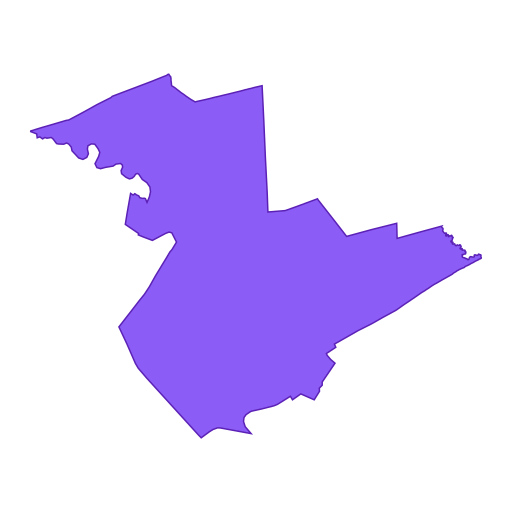 Scrioastea, Teleorman, Romania (Mercator projection)
{"feature_id": "2599482B90968840278359", "entity_name": "Scrioastea", "entity_type": "district", "adm_level": 2, "iso_a3": "ROU", "parent_name": "Romania", "parent_adm1": "Teleorman", "projection": "mercator", "projection_center": [25.003, 44.171], "detail": "fine", "context": "isolated", "style": "filled", "palette": "violet", "viewbox_px": 512, "rotation_deg": 0, "n_neighbors": 0, "source": "geoboundaries", "source_scale": "gbopen_adm2", "svg_char_len": 5749}
<svg xmlns="http://www.w3.org/2000/svg" viewBox="0 0 512 512"><path d="M139.6,300.2L132.2,309.8L118.9,326.9L126.9,343.9L135.5,363.6L138.3,368.3L146.8,378.2L198.2,434.7L201.2,437.8L209.6,431.6L213.2,429.4L217.7,427.8L220.6,428.0L251.1,433.6L245.2,426.7L243.5,421.5L244.0,417.5L246.1,414.6L250.2,411.8L251.5,411.2L261.4,409.0L274.0,405.8L277.4,404.4L290.4,396.3L292.5,399.8L300.8,393.9L314.2,399.8L319.5,391.3L319.3,388.2L322.2,385.2L322.2,382.0L335.0,363.2L330.7,359.5L327.2,355.4L326.4,353.5L335.8,347.3L334.4,344.1L358.1,330.6L371.6,323.8L382.5,317.6L396.4,310.0L403.7,304.8L410.3,300.4L421.9,292.4L424.8,290.7L426.3,289.6L427.6,288.8L428.7,288.1L431.8,285.9L434.7,284.1L436.3,283.3L442.8,279.5L445.2,278.2L452.1,274.3L452.7,273.8L453.0,273.6L453.3,273.2L454.1,272.7L455.2,272.1L456.3,271.4L457.5,270.5L457.9,270.4L458.3,270.2L459.4,269.5L459.9,269.3L461.6,268.5L462.3,268.2L463.4,267.8L464.0,267.6L464.6,267.1L465.1,266.6L465.6,266.4L466.2,266.0L467.3,265.6L468.7,264.9L469.7,264.4L471.6,263.2L472.5,262.9L473.4,262.4L475.2,261.3L475.9,260.9L477.2,260.4L477.8,260.0L478.7,259.7L479.0,259.3L479.2,259.1L479.4,259.0L480.1,258.9L481.1,258.4L481.2,258.2L481.3,258.0L481.3,257.8L480.9,256.8L480.9,256.3L480.9,256.2L481.0,255.7L481.0,255.4L480.9,255.0L480.7,254.8L480.4,254.7L479.8,254.7L479.6,254.6L479.4,254.4L479.0,254.2L478.7,254.1L478.3,254.4L478.1,254.8L477.9,255.0L477.7,255.2L477.2,255.3L476.5,255.2L475.5,254.9L475.0,254.8L474.6,254.9L474.3,255.1L474.2,255.4L474.2,255.6L474.3,255.9L474.3,256.2L474.3,256.5L474.1,256.8L474.0,257.0L473.7,257.1L472.3,257.0L471.3,256.7L470.9,256.6L470.5,256.7L470.2,256.8L469.9,257.0L469.3,257.9L469.0,259.0L468.8,259.3L468.7,259.5L468.4,259.6L468.0,259.7L467.7,259.6L467.3,259.3L467.2,259.0L466.8,258.7L466.5,258.6L465.7,258.6L465.3,258.3L465.1,258.0L464.8,257.9L463.8,257.7L462.8,257.3L462.5,257.1L462.4,256.9L462.3,256.6L462.2,256.3L462.3,255.8L462.3,255.4L462.2,255.2L462.2,254.9L462.2,254.7L462.4,254.6L462.6,254.5L462.8,254.5L463.2,254.6L463.5,254.5L463.8,254.4L464.2,254.0L464.4,254.0L464.9,254.0L465.3,254.0L465.5,253.9L465.6,253.7L465.7,253.4L465.7,253.0L465.8,252.7L465.9,252.0L465.8,251.9L465.3,251.8L465.2,251.8L465.1,251.6L465.0,251.3L465.1,250.5L465.1,250.4L464.9,250.3L463.6,250.0L462.8,250.1L462.4,250.2L462.2,250.1L462.0,249.9L461.9,249.7L462.2,249.0L462.2,248.7L461.8,248.5L461.6,248.5L461.4,248.6L460.9,248.9L460.7,249.0L460.4,248.9L460.2,248.8L460.1,248.5L460.2,248.3L460.4,247.6L460.5,247.4L461.0,246.9L461.1,246.6L461.1,246.4L460.8,245.8L460.6,245.3L460.4,245.0L460.1,244.9L459.9,244.8L459.7,244.8L459.4,245.4L459.0,245.4L458.3,245.4L457.5,244.9L457.2,244.9L456.5,245.5L456.2,245.7L455.9,245.6L455.5,245.5L455.2,245.3L455.1,245.1L454.9,244.2L454.6,243.9L454.3,243.9L453.7,244.0L453.1,244.1L452.6,244.0L452.4,243.8L452.3,243.6L452.3,243.4L452.7,243.1L452.9,242.8L452.9,242.6L453.0,242.4L452.9,242.2L452.6,242.1L452.0,242.2L451.3,242.1L451.1,242.0L450.9,241.7L450.9,241.4L450.9,241.2L451.0,241.0L451.2,240.9L451.9,240.8L452.0,240.7L452.2,240.1L452.2,239.9L452.3,239.7L452.4,239.4L452.4,238.9L452.4,238.5L452.4,238.4L453.0,237.9L453.1,237.6L453.1,237.4L452.9,237.2L452.2,236.9L452.1,236.0L451.9,235.6L451.6,235.3L451.3,235.4L451.2,235.4L451.1,235.6L451.0,235.9L450.9,236.0L450.6,236.0L449.7,235.8L449.4,236.0L449.0,236.6L448.7,236.7L448.4,236.6L448.3,236.4L448.3,236.2L448.4,235.5L448.4,235.1L448.2,234.8L448.1,234.7L447.8,234.6L447.6,234.6L447.3,234.8L446.8,235.5L446.5,235.9L446.3,236.0L446.1,236.0L445.8,235.8L445.7,235.4L445.7,235.0L445.8,234.7L446.3,233.7L446.4,233.4L446.4,233.2L446.1,233.0L445.9,233.0L445.6,233.0L445.1,233.2L444.8,233.3L444.6,233.3L444.4,233.1L444.2,232.9L443.7,232.3L442.9,231.3L442.6,231.0L442.6,230.7L442.7,230.4L442.9,230.1L443.0,229.3L443.0,228.8L443.0,228.5L442.8,228.2L442.6,228.0L442.3,227.9L441.9,227.4L441.6,227.0L441.5,226.7L441.6,226.4L441.8,226.1L419.0,232.3L397.1,238.4L396.7,223.3L371.2,229.7L346.6,236.4L335.2,221.7L317.8,199.5L317.5,198.8L297.0,206.4L285.2,210.6L267.9,212.0L267.2,192.8L265.4,157.8L263.8,120.7L262.1,85.7L254.2,87.5L250.3,88.6L249.8,88.6L247.9,89.1L247.0,89.4L245.3,89.7L243.7,90.2L240.3,91.1L234.6,92.5L229.4,93.8L222.2,95.5L219.8,96.1L213.6,97.5L210.7,98.3L205.3,99.6L196.6,101.5L195.6,101.8L195.1,101.9L191.0,99.5L189.2,98.3L185.7,95.9L183.9,94.5L180.9,92.5L179.1,91.0L177.3,89.7L175.1,87.9L173.5,86.8L172.6,86.3L172.0,86.0L171.8,85.8L171.6,85.5L171.5,85.2L171.5,84.7L171.4,83.6L171.3,82.4L171.1,81.3L171.0,79.9L171.0,78.4L170.9,78.2L170.8,77.4L170.7,76.8L170.6,76.6L170.4,76.3L169.9,76.0L169.7,75.8L169.5,75.5L169.3,75.0L168.9,74.3L168.8,74.2L168.6,74.2L167.9,74.4L167.6,74.6L167.0,75.1L166.5,75.4L165.9,75.7L165.1,76.0L164.5,76.2L159.0,78.4L152.1,81.2L114.1,95.6L112.3,96.3L110.9,97.6L97.0,104.6L83.5,112.1L68.7,120.0L66.2,120.4L41.9,127.5L30.8,130.9L30.7,131.6L36.7,133.9L37.2,137.8L39.8,136.9L42.6,138.9L44.9,137.5L46.9,138.2L51.3,137.5L53.0,138.9L56.6,143.6L58.4,144.0L63.8,144.2L66.5,143.0L68.7,144.0L71.2,147.0L72.0,150.8L78.7,158.0L82.9,159.4L86.8,157.4L88.4,153.8L87.4,149.1L87.9,145.8L91.4,143.9L94.8,144.2L98.0,148.6L99.8,152.4L98.6,156.5L95.0,163.7L96.9,167.6L100.6,168.7L105.3,167.4L113.1,166.1L116.0,164.1L120.5,163.5L122.3,165.0L122.6,167.2L121.1,170.6L121.6,173.7L126.0,177.3L129.4,178.9L132.1,178.2L134.2,176.4L135.6,174.2L137.3,173.5L138.7,174.1L142.3,179.5L146.8,182.6L149.9,187.0L150.5,191.7L149.4,196.8L147.0,202.4L145.4,198.6L144.2,198.2L142.4,198.4L139.8,197.7L138.7,195.8L136.1,194.7L135.6,194.1L134.7,193.7L133.7,194.7L133.0,195.0L130.6,193.4L127.1,213.2L125.3,224.4L138.6,233.5L138.3,234.9L142.6,236.7L152.4,240.4L165.8,233.3L169.0,232.1L171.8,232.8L176.5,242.1L171.9,249.7L170.0,251.8L166.4,257.9L155.6,275.6L149.4,286.7L144.4,294.3L139.6,300.2Z" fill="#8b5cf6" stroke="#5b21b6" stroke-width="1.5"/></svg>